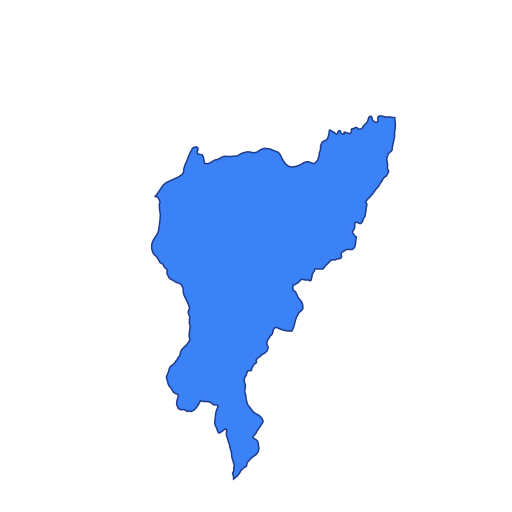 Aguada, Santander, Colombia (Robinson projection), rotated 216°
{"feature_id": "7082276B46903478883308", "entity_name": "Aguada", "entity_type": "district", "adm_level": 2, "iso_a3": "COL", "parent_name": "Colombia", "parent_adm1": "Santander", "projection": "robinson", "projection_center": [-73.538, 6.182], "detail": "fine", "context": "isolated", "style": "filled", "palette": "blue", "viewbox_px": 512, "rotation_deg": 216, "n_neighbors": 0, "source": "geoboundaries", "source_scale": "gbopen_adm2", "svg_char_len": 6110}
<svg xmlns="http://www.w3.org/2000/svg" viewBox="0 0 512 512"><g transform="rotate(216 256 256)"><path d="M372.7,245.0L371.3,245.5L369.8,245.7L366.6,244.2L365.2,243.0L364.7,241.0L360.9,236.4L357.9,233.5L355.3,229.5L350.8,221.4L349.0,217.1L348.7,213.6L348.5,208.8L347.5,204.8L345.1,201.0L342.3,198.7L339.6,197.3L337.0,197.1L334.7,196.6L329.9,194.3L328.3,194.4L326.6,194.8L324.8,193.7L323.0,193.1L321.6,192.9L320.4,192.9L319.3,192.1L318.4,190.5L317.4,189.2L315.9,188.6L314.1,187.5L312.4,187.0L307.4,187.7L305.2,187.7L303.8,188.3L302.4,188.6L301.3,188.9L299.9,188.9L298.6,188.3L297.1,187.8L295.6,186.8L293.7,184.0L291.0,181.9L282.5,177.3L279.8,175.4L278.9,174.5L278.6,172.4L277.8,170.6L276.8,169.7L274.4,168.2L273.3,167.0L272.5,165.4L271.4,164.2L271.1,163.0L269.7,162.0L268.2,160.6L266.3,157.6L264.8,154.6L263.1,152.0L260.2,149.2L259.9,146.4L259.9,143.1L260.6,140.1L261.1,136.5L260.5,133.8L259.6,131.9L259.1,129.9L259.3,127.7L258.9,126.2L259.1,124.4L258.9,122.5L259.1,120.0L259.8,118.0L260.3,115.6L259.9,113.6L258.9,111.6L257.5,105.7L256.1,104.1L255.0,103.5L253.5,102.1L251.6,100.7L250.0,99.8L247.5,99.2L245.5,98.5L243.0,97.3L241.1,97.3L237.5,98.1L236.7,97.1L234.5,91.6L233.0,89.3L229.6,87.1L228.1,87.0L226.3,87.5L224.0,89.5L220.1,89.9L218.7,91.6L217.2,91.9L215.9,94.1L215.3,96.2L215.1,99.1L215.2,101.6L215.7,104.9L215.7,106.3L213.3,107.2L210.2,109.4L208.5,110.3L206.5,110.9L202.7,110.7L200.2,112.5L198.4,112.3L196.8,106.5L195.0,103.0L193.9,101.4L192.9,99.3L191.2,96.5L189.7,95.3L186.9,93.7L183.4,91.3L181.8,91.0L181.3,91.9L180.2,94.7L179.5,97.2L178.6,98.3L177.2,97.8L175.5,94.6L173.9,93.0L171.9,91.7L170.1,90.2L167.0,88.2L164.8,86.0L160.6,82.8L157.0,78.8L154.8,77.2L150.5,73.8L149.6,71.7L147.6,68.9L147.5,66.8L146.6,65.9L145.2,64.9L144.3,64.1L143.1,62.4L141.7,67.4L141.7,70.8L141.8,71.8L142.1,73.2L141.5,77.6L140.4,79.4L140.3,81.0L141.4,82.5L141.6,84.4L141.1,89.4L140.4,92.0L139.3,94.8L139.2,96.8L139.3,99.3L140.6,102.2L142.6,104.1L144.1,105.9L146.3,107.3L148.4,107.4L149.8,107.3L150.9,107.1L152.0,107.3L152.2,109.8L151.8,112.0L152.3,114.9L152.6,124.8L153.1,126.6L155.9,128.2L158.9,128.8L165.1,128.2L167.6,128.5L171.6,129.8L174.6,130.6L176.9,131.9L179.9,134.5L182.4,137.2L185.5,139.7L188.4,145.1L190.8,146.8L192.7,148.8L193.7,151.0L193.8,153.8L194.7,156.1L195.0,157.9L194.3,159.2L192.7,160.3L192.6,161.2L193.3,162.0L193.9,167.0L193.0,169.9L193.4,170.9L194.8,171.8L194.7,173.0L194.3,175.6L193.6,177.2L193.1,180.1L191.7,182.9L191.6,184.1L191.2,185.2L192.0,188.1L192.6,189.5L193.7,190.1L195.2,190.7L196.0,192.0L196.9,193.7L197.2,195.3L197.2,197.0L197.4,198.9L197.4,200.0L197.0,201.3L197.1,202.9L198.6,206.5L198.7,208.4L198.1,209.7L196.6,210.5L194.0,211.0L190.8,211.9L188.0,213.1L185.1,214.8L183.2,216.0L182.8,216.5L183.3,219.0L184.7,223.3L186.5,227.6L187.3,230.5L187.6,232.4L187.7,233.6L188.0,235.1L187.3,238.0L187.1,239.6L187.2,241.1L188.9,243.3L190.4,244.7L192.9,246.0L195.7,246.6L197.9,247.3L199.7,248.6L201.5,249.5L203.3,250.2L206.1,250.3L207.4,251.9L208.9,254.2L207.9,255.4L206.2,259.3L205.6,263.5L204.5,264.6L202.5,265.3L198.7,267.8L197.8,267.6L197.4,268.1L197.3,269.1L198.1,271.1L199.6,274.1L200.0,276.3L200.0,278.3L201.0,280.0L194.1,284.9L194.1,288.5L193.4,292.6L193.0,296.4L191.3,298.4L189.7,299.3L188.6,301.4L187.2,302.5L186.2,303.9L186.2,305.6L188.4,307.7L188.7,309.1L187.7,311.7L187.0,313.8L185.6,315.4L182.1,317.6L181.4,319.4L181.5,321.4L182.4,323.7L183.6,326.0L184.8,327.8L185.9,330.4L187.6,330.2L189.5,330.9L191.7,331.6L192.2,332.4L192.2,334.2L192.6,336.2L193.6,338.2L194.9,339.8L195.6,340.9L194.8,342.1L194.1,342.6L191.8,343.1L190.7,343.4L190.2,344.6L190.0,346.1L190.6,347.8L190.8,349.2L191.2,349.9L191.0,351.6L192.0,353.9L193.7,357.3L195.1,359.6L196.1,362.1L197.0,363.3L199.2,364.1L199.0,367.7L198.5,371.2L198.2,374.6L198.2,380.6L197.9,383.1L197.8,385.1L197.9,386.1L198.3,387.7L198.1,389.1L198.2,391.0L198.5,392.3L198.5,393.1L198.6,394.3L197.6,397.3L197.6,398.0L198.1,401.3L198.4,402.3L199.1,403.0L200.9,403.9L201.5,404.5L202.5,405.9L202.9,406.9L204.1,408.2L206.2,410.1L206.9,410.9L208.0,413.0L208.9,416.1L208.9,417.7L208.3,419.8L208.2,420.9L208.2,421.9L209.2,423.4L211.1,427.2L212.4,430.5L213.5,432.6L214.4,434.8L215.6,435.8L216.4,437.4L217.4,438.9L218.2,440.7L220.5,444.3L223.8,447.9L225.0,449.6L226.1,448.8L228.7,447.5L231.3,445.9L232.7,444.6L235.9,443.5L237.8,442.4L238.7,441.6L239.0,440.5L238.9,439.7L238.5,438.9L237.0,437.7L236.5,436.3L236.7,435.6L236.9,435.3L238.2,434.5L238.9,434.2L241.0,434.3L242.0,434.7L243.4,436.1L244.3,436.5L245.1,436.6L245.7,436.2L246.2,434.7L246.0,433.7L245.0,431.1L244.9,429.6L244.9,428.0L245.2,426.0L245.6,423.9L245.2,422.5L245.2,421.9L245.8,420.5L246.7,419.7L247.3,418.9L249.5,419.1L250.2,419.1L250.6,418.8L251.2,418.3L251.7,416.8L253.0,415.5L253.3,414.9L253.3,414.4L252.5,413.7L252.2,413.1L251.9,412.2L251.8,410.4L252.3,410.0L253.8,409.5L254.7,409.0L256.8,408.5L257.4,408.1L257.2,407.5L256.4,406.7L256.7,406.1L258.0,405.4L259.4,405.4L260.1,405.7L260.6,406.2L261.3,406.7L261.9,406.7L262.7,405.9L262.7,405.4L262.1,403.3L262.1,402.9L262.3,402.4L262.7,401.9L263.9,401.7L266.6,401.8L268.2,401.5L270.1,401.4L270.5,401.0L270.3,400.4L268.7,397.6L267.7,395.0L267.1,392.4L267.4,390.9L268.9,388.6L269.1,387.8L269.3,386.4L268.8,384.3L268.2,382.5L267.2,381.4L266.3,379.7L265.7,378.1L265.4,376.7L264.0,374.5L262.5,369.8L262.6,367.0L263.4,364.9L264.7,364.1L267.0,363.7L269.2,362.9L270.9,361.5L272.3,359.4L273.6,356.1L276.1,352.2L278.3,350.0L279.9,348.7L282.4,347.7L285.5,347.8L289.0,348.7L292.5,350.3L295.5,352.0L298.7,353.0L302.8,351.9L307.0,351.0L309.9,349.6L312.3,348.2L314.2,345.7L315.3,343.4L316.2,340.7L318.4,338.2L322.9,336.1L324.6,334.8L326.6,332.4L328.6,329.6L329.2,327.4L330.5,325.3L333.0,323.5L335.2,321.4L337.7,319.7L340.2,318.1L341.8,315.8L343.0,313.0L344.2,311.1L345.6,309.6L348.4,303.4L350.0,301.8L351.2,301.0L352.4,301.0L354.0,302.4L355.9,304.4L357.6,305.7L359.2,306.1L363.2,304.2L364.8,305.6L365.4,307.6L366.3,309.2L368.1,309.4L370.2,307.4L370.6,305.5L369.9,300.1L367.7,291.5L366.9,287.7L365.5,283.9L363.9,281.2L363.7,278.5L365.0,274.8L370.6,264.8L372.1,261.7L372.8,258.2L372.4,247.6L372.7,245.0Z" fill="#3b82f6" stroke="#1e3a8a" stroke-width="1.5"/></g></svg>